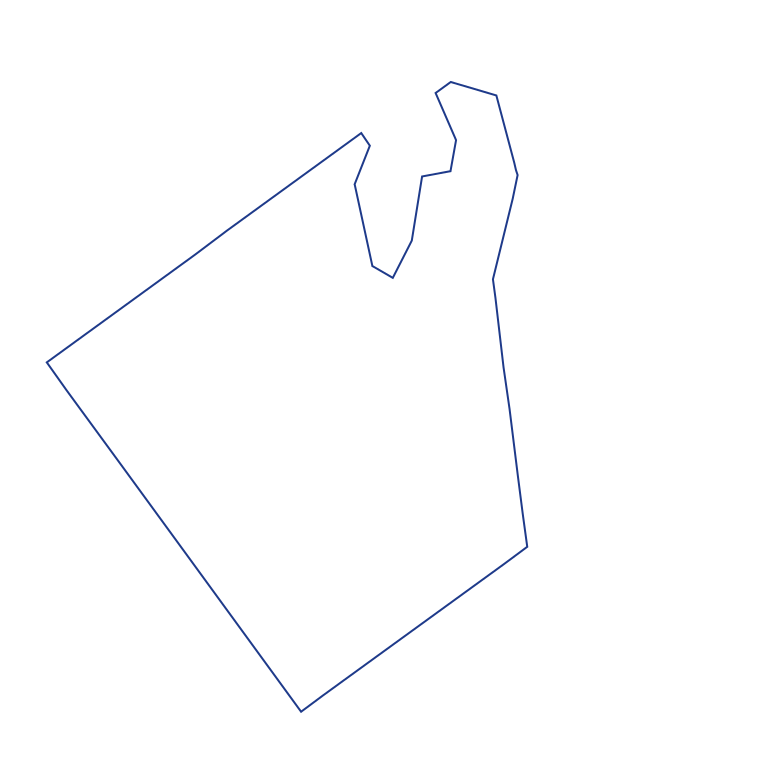 Baltimore, Maryland, United States of America (Natural Earth projection), rotated 234°
{"feature_id": "52423323B61620821136351", "entity_name": "Baltimore", "entity_type": "district", "adm_level": 2, "iso_a3": "USA", "parent_name": "United States of America", "parent_adm1": "Maryland", "projection": "natural_earth1", "projection_center": [-76.591, 39.285], "detail": "fine", "context": "isolated", "style": "outline", "palette": "blue", "viewbox_px": 768, "rotation_deg": 234, "n_neighbors": 0, "source": "geoboundaries", "source_scale": "gbopen_adm2", "svg_char_len": 694}
<svg xmlns="http://www.w3.org/2000/svg" viewBox="0 0 768 768"><g transform="rotate(234 384 384)"><path d="M388.2,524.8L404.7,533.7L458.3,597.1L474.5,614.9L479.5,616.5L486.6,619.5L551.4,644.5L589.1,615.5L589.1,596.8L540.5,586.0L538.9,585.6L517.2,563.0L517.1,562.9L529.5,536.8L483.7,490.8L481.8,487.1L464.8,453.7L464.7,453.5L485.9,444.1L486.2,443.9L500.7,450.3L562.7,477.6L562.8,477.6L585.1,512.6L600.4,513.1L600.4,347.2L599.7,307.5L599.7,173.0L599.7,170.1L599.7,123.9L565.3,123.5L504.0,123.7L474.9,123.8L370.2,124.0L167.6,124.3L167.9,151.5L167.9,176.5L167.8,375.9L168.1,404.2L197.0,419.7L231.0,438.3L290.0,470.9L327.2,490.5L388.2,524.8Z" fill="none" stroke="#1e3a8a" stroke-width="2"/></g></svg>